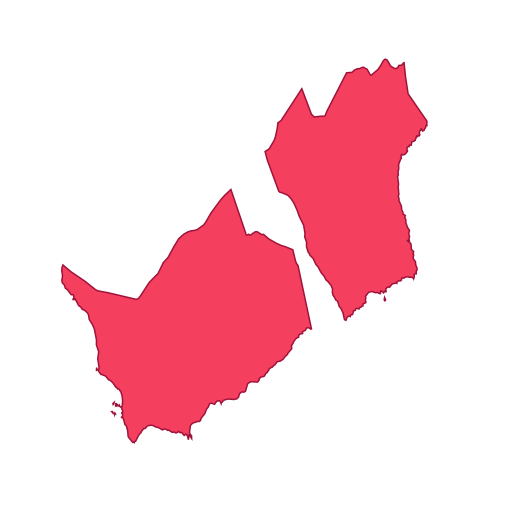 Skagabyggð, Norðurland vestra, Iceland (Natural Earth projection), rotated 258°
{"feature_id": "244011B21592329160761", "entity_name": "Skagabyggð", "entity_type": "district", "adm_level": 2, "iso_a3": "ISL", "parent_name": "Iceland", "parent_adm1": "Norðurland vestra", "projection": "natural_earth1", "projection_center": [-20.226, 65.901], "detail": "fine", "context": "isolated", "style": "filled", "palette": "rose", "viewbox_px": 512, "rotation_deg": 258, "n_neighbors": 0, "source": "geoboundaries", "source_scale": "gbopen_adm2", "svg_char_len": 6046}
<svg xmlns="http://www.w3.org/2000/svg" viewBox="0 0 512 512"><g transform="rotate(258 256 256)"><path d="M287.4,65.3L285.2,63.9L281.8,62.9L278.4,62.8L275.3,62.2L273.1,61.1L270.1,60.9L267.7,62.4L264.0,62.9L262.2,64.6L257.5,66.7L256.5,67.3L256.2,68.9L255.6,69.3L252.6,69.3L252.2,68.3L251.5,68.0L251.1,69.0L251.5,70.2L244.2,72.3L242.7,73.9L239.8,75.0L239.7,75.6L238.4,77.1L235.3,79.4L233.0,79.9L228.6,79.7L222.8,81.8L218.2,82.7L207.0,82.5L202.3,81.4L195.1,82.2L188.2,79.8L179.2,79.3L176.9,78.1L175.1,78.4L172.3,79.8L172.3,80.8L171.5,81.3L169.8,84.0L165.8,85.9L164.0,88.1L161.7,89.6L156.7,91.7L156.4,92.5L154.8,92.8L154.3,94.3L150.6,95.7L146.6,95.9L142.0,95.4L137.4,94.0L136.3,93.4L136.4,92.9L136.1,92.8L131.7,93.4L130.0,92.8L130.5,92.1L130.2,92.0L129.1,92.5L127.1,92.3L126.3,90.9L125.9,90.9L125.7,91.8L124.7,92.4L118.2,92.8L117.0,93.9L111.7,94.1L105.7,93.4L99.3,96.6L99.2,97.9L98.8,98.2L99.7,98.6L99.8,99.7L104.6,103.6L106.6,105.7L106.8,106.5L108.3,107.7L110.6,110.3L110.3,111.3L110.5,111.9L112.4,114.4L112.4,117.9L111.6,120.0L109.8,122.1L108.5,124.8L105.3,128.5L105.9,130.2L105.2,132.1L103.8,133.3L103.9,134.3L101.0,137.3L100.8,139.5L99.5,140.9L99.8,141.6L99.7,142.5L100.5,143.4L100.5,143.8L98.9,145.1L99.1,145.6L98.6,146.7L95.4,148.4L96.3,150.4L94.6,151.5L90.4,151.7L92.4,152.5L94.2,152.6L95.0,153.4L90.9,155.1L93.8,155.6L95.3,154.4L97.5,154.4L103.6,156.5L104.9,157.9L105.7,159.6L106.3,164.9L105.9,166.0L106.6,167.5L108.6,168.5L112.5,173.2L116.4,175.7L118.4,178.1L121.0,179.7L121.4,181.5L119.6,184.7L122.1,187.3L122.1,189.8L121.7,190.6L118.9,191.2L120.1,191.7L120.1,192.7L121.4,193.9L121.8,195.7L121.9,199.0L120.2,204.7L120.3,207.6L121.6,209.6L124.4,211.0L125.4,212.3L126.0,214.4L125.3,215.7L125.9,217.6L132.6,221.2L133.2,222.0L134.1,225.0L132.4,231.1L132.6,231.7L134.1,233.4L135.3,233.5L135.7,234.5L136.6,235.2L136.5,238.3L136.8,239.2L139.3,241.5L139.7,242.8L140.9,243.6L141.2,244.4L142.9,245.5L143.9,248.2L143.9,248.9L145.0,250.2L145.9,252.3L148.1,254.4L148.2,258.3L149.5,261.2L151.7,263.8L153.2,266.4L154.3,267.0L157.8,271.6L161.2,272.2L162.6,273.9L164.0,274.7L166.5,277.3L167.4,278.9L167.7,280.8L169.4,281.3L170.2,282.1L170.6,284.2L170.4,285.4L171.9,285.6L172.8,287.4L172.9,288.7L175.1,290.6L174.8,292.8L173.1,294.4L173.1,295.1L238.0,295.1L240.5,294.0L243.4,293.6L254.5,293.3L259.5,285.8L260.8,283.2L264.7,278.0L270.2,271.9L274.9,268.4L275.8,267.4L275.6,266.2L279.6,262.1L279.8,259.9L279.0,258.8L279.0,257.7L277.6,255.3L277.7,254.5L278.8,253.4L278.4,252.6L278.6,250.9L326.3,245.3L321.9,238.1L318.1,232.9L307.3,220.8L299.4,213.7L297.1,211.0L294.1,204.0L293.8,201.8L294.1,197.1L293.7,194.2L292.4,190.0L289.1,184.1L282.4,177.8L272.9,169.7L268.8,164.0L259.3,156.6L252.4,146.1L241.1,134.8L239.1,132.4L238.5,130.8L238.6,129.6L250.9,103.5L254.9,93.9L256.5,92.0L266.9,83.4L279.1,71.7L287.4,65.3ZM347.5,287.0L314.7,291.7L313.3,292.7L312.6,294.4L308.6,300.0L304.5,302.3L300.1,304.0L291.9,305.8L286.1,306.5L276.2,309.0L267.8,308.6L264.5,307.6L259.2,308.3L254.3,307.3L248.5,307.9L247.6,308.6L245.6,308.9L241.6,311.4L235.2,312.9L232.3,314.5L226.3,316.2L221.8,318.5L218.0,319.5L216.3,320.9L211.6,323.3L208.0,324.0L204.5,323.1L201.6,323.2L198.5,324.5L196.7,324.7L194.8,326.4L189.1,327.0L186.9,328.2L182.2,329.3L175.3,329.3L174.4,330.7L176.9,332.2L177.7,333.3L177.7,335.2L177.2,335.6L178.7,336.5L178.7,338.3L182.0,340.0L182.0,340.7L182.4,340.9L182.2,341.8L183.6,342.6L183.9,343.5L182.7,345.7L184.0,346.5L184.0,347.9L184.8,348.9L184.9,350.2L187.0,350.9L187.4,353.5L188.1,354.0L190.1,353.8L192.1,354.7L193.7,354.7L197.1,358.6L197.2,361.4L196.9,362.6L195.3,365.1L195.0,367.2L193.3,369.5L193.4,369.9L195.8,370.7L195.7,371.6L193.4,373.1L194.6,374.5L194.7,374.9L194.0,375.4L194.1,375.9L196.8,376.0L197.7,377.4L198.4,378.7L197.8,379.6L197.8,380.4L200.3,383.3L200.5,387.3L199.9,388.0L201.0,388.4L201.6,389.1L202.0,390.4L201.6,392.3L202.1,392.7L202.3,393.4L203.5,393.7L204.3,394.6L203.6,396.1L204.3,398.1L204.0,400.7L203.2,401.5L203.2,402.7L202.7,404.2L202.1,404.5L201.9,405.4L201.0,405.5L202.7,406.5L205.1,406.9L205.5,407.9L205.2,409.0L207.6,409.5L209.0,410.7L210.9,411.0L213.9,410.4L217.4,410.8L220.5,409.3L222.4,409.6L224.3,410.5L226.2,410.1L226.7,410.8L227.7,411.0L230.2,409.4L235.3,410.1L236.7,409.6L239.4,407.3L239.9,408.2L239.3,409.2L240.9,409.1L242.8,410.2L246.1,410.0L248.4,411.2L249.5,411.4L252.2,410.2L257.5,409.5L260.4,410.1L263.2,409.6L264.6,410.5L266.4,408.6L268.0,408.8L271.0,408.1L274.5,408.6L280.7,407.3L282.1,407.8L284.9,407.6L286.4,408.5L294.1,409.5L296.7,410.4L304.3,411.0L305.7,412.1L308.3,412.3L311.5,413.7L316.0,414.6L320.6,417.6L321.2,418.5L324.2,418.7L325.1,419.8L324.3,420.4L324.4,422.6L325.2,424.0L326.5,424.9L326.5,425.7L327.8,426.1L328.9,425.7L330.8,426.5L331.4,427.6L331.1,428.4L332.5,429.0L332.1,430.8L335.4,432.3L335.4,434.5L336.0,435.0L336.0,435.7L339.9,438.1L339.2,438.9L340.1,439.5L339.6,440.7L340.5,441.5L341.9,441.2L344.4,442.3L344.8,443.3L345.9,443.8L345.6,444.4L343.6,445.0L344.2,446.8L345.3,447.3L346.3,448.6L347.8,449.1L348.2,449.8L348.1,450.4L349.7,450.4L351.3,451.1L352.7,451.1L383.0,438.5L400.0,439.5L414.3,441.0L414.2,440.4L412.4,438.2L412.7,435.3L410.7,433.7L410.2,431.1L413.6,427.3L419.9,425.2L420.8,424.7L421.6,423.5L421.6,422.9L420.7,421.3L416.2,417.4L413.1,414.1L409.1,406.7L409.1,405.9L409.5,405.4L415.6,403.5L418.3,400.3L418.4,399.0L417.7,396.0L418.1,394.5L417.9,392.9L417.2,390.4L416.0,388.8L415.7,387.8L416.4,382.7L383.3,355.8L378.9,352.8L378.6,351.8L379.4,347.4L379.8,341.9L383.1,339.7L410.1,335.6L383.3,308.7L381.7,305.1L376.4,303.3L368.6,299.8L365.2,297.7L358.0,291.1L356.3,286.6L347.5,287.0ZM138.2,90.6L140.8,88.5L140.7,88.1L138.4,87.5L138.2,88.6L138.4,89.2L137.9,90.3L138.2,90.6ZM186.7,373.7L187.1,373.4L188.6,373.1L186.5,372.3L185.5,372.5L185.5,373.3L186.7,373.7ZM177.8,77.0L180.0,76.9L176.7,76.0L177.8,77.0ZM131.1,83.9L133.7,83.2L133.8,82.5L131.1,83.9ZM142.3,86.8L141.5,85.4L140.4,85.4L140.8,86.1L142.3,86.8ZM130.7,85.7L131.8,85.3L131.4,85.0L131.5,84.5L130.1,84.7L130.8,85.0L130.7,85.7ZM137.0,91.6L137.6,91.5L138.2,91.4L137.6,91.0L137.0,91.6Z" fill="#f43f5e" stroke="#9f1239" stroke-width="1.5"/></g></svg>